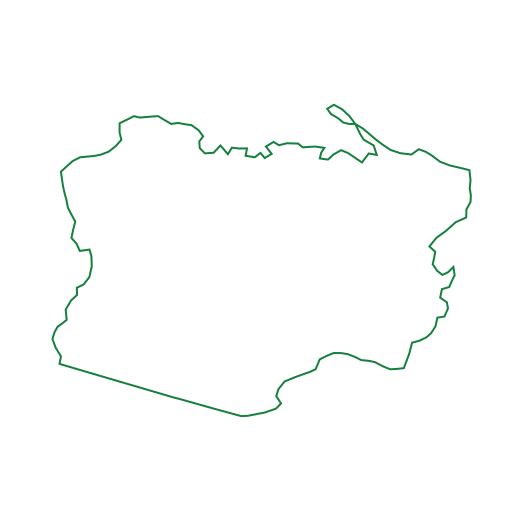 Fortim, Ceará, Brazil (orthographic projection), rotated 8°
{"feature_id": "56859067B63488334725218", "entity_name": "Fortim", "entity_type": "district", "adm_level": 2, "iso_a3": "BRA", "parent_name": "Brazil", "parent_adm1": "Ceará", "projection": "orthographic", "projection_center": [-37.861, -4.461], "detail": "fine", "context": "isolated", "style": "outline", "palette": "green", "viewbox_px": 512, "rotation_deg": 8, "n_neighbors": 0, "source": "geoboundaries", "source_scale": "gbopen_adm2", "svg_char_len": 2193}
<svg xmlns="http://www.w3.org/2000/svg" viewBox="0 0 512 512"><g transform="rotate(8 256 256)"><path d="M458.8,188.6L457.9,180.6L460.9,172.6L460.4,166.4L458.2,159.0L457.9,151.1L455.4,141.3L446.0,140.3L435.5,139.4L425.1,137.0L416.3,132.1L409.6,129.2L402.4,127.6L395.7,133.9L384.6,134.1L374.6,132.3L365.7,128.0L358.0,123.7L351.3,119.4L343.9,114.8L335.9,111.4L342.1,120.6L346.4,125.8L357.2,130.2L361.5,139.1L353.4,138.8L347.9,148.6L340.9,145.2L332.8,141.2L325.5,139.4L318.7,144.6L313.8,150.5L305.6,150.5L306.2,144.6L308.7,139.4L299.5,139.4L293.1,140.6L287.2,141.9L282.0,138.8L270.7,140.1L263.3,143.1L257.5,140.6L250.6,146.2L257.3,152.7L251.0,157.8L246.1,153.3L241.0,158.4L231.8,158.2L232.1,150.7L224.4,151.9L217.0,152.1L214.0,159.1L205.4,151.5L199.7,159.6L191.1,161.5L185.3,157.0L183.9,150.4L187.0,144.9L181.6,139.4L173.9,135.4L166.9,135.4L160.4,135.1L153.6,137.0L147.5,134.5L139.5,131.1L133.8,132.3L121.7,135.1L115.7,134.5L110.4,138.2L102.5,143.5L103.7,152.6L106.5,159.7L101.8,166.7L95.7,173.1L88.3,177.2L82.0,179.4L68.1,182.7L61.1,187.6L51.1,199.6L53.1,206.7L55.3,214.1L58.0,221.2L60.3,226.4L63.0,234.3L67.3,240.4L72.2,247.0L71.3,255.3L70.7,263.8L76.5,268.7L80.8,275.5L90.2,272.8L93.0,278.9L94.8,289.1L93.9,300.1L89.3,308.1L83.0,312.4L84.2,319.5L79.1,325.7L75.0,335.4L77.4,345.6L73.4,349.9L69.4,353.6L67.2,359.1L66.0,366.5L70.3,374.6L76.8,382.5L76.5,390.2L192.9,407.4L200.8,408.3L234.6,412.9L263.6,416.6L270.1,415.4L286.4,409.8L297.0,404.4L301.3,398.5L295.6,392.0L296.8,384.6L301.9,376.1L312.4,370.1L319.8,366.2L325.3,363.4L330.8,359.8L333.5,349.5L340.0,345.0L346.3,341.3L353.5,340.3L360.4,340.4L368.2,342.2L374.6,344.4L382.8,344.1L388.7,344.6L397.5,347.7L404.6,349.5L410.8,348.3L418.0,346.5L421.4,331.2L422.6,320.1L429.4,317.3L436.1,312.8L440.1,308.1L443.5,300.8L444.2,291.8L451.1,289.7L453.4,281.2L451.5,275.3L444.2,271.6L444.7,263.0L451.7,259.8L453.4,253.4L455.4,247.5L453.0,239.4L448.4,245.4L443.2,248.8L437.4,245.4L432.1,239.6L432.7,232.8L432.9,226.9L426.4,222.4L432.1,212.9L440.7,204.6L449.1,194.7L458.8,188.6ZM335.9,111.4L329.2,104.6L321.0,98.8L312.1,95.4L306.0,100.3L310.5,105.0L318.1,108.1L323.8,111.7L330.4,112.3L335.9,111.4Z" fill="none" stroke="#15803d" stroke-width="2"/></g></svg>